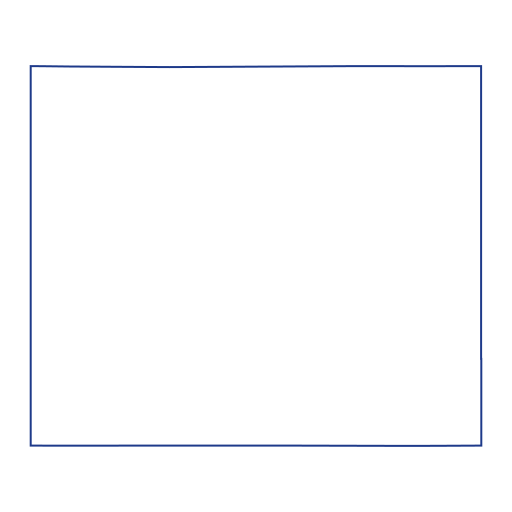 Ngaanyatjarraku, Western Australia, Australia (Mercator projection)
{"feature_id": "25037944B86885707589826", "entity_name": "Ngaanyatjarraku", "entity_type": "district", "adm_level": 2, "iso_a3": "AUS", "parent_name": "Australia", "parent_adm1": "Western Australia", "projection": "mercator", "projection_center": [128.838, -25.094], "detail": "medium", "context": "isolated", "style": "outline", "palette": "blue", "viewbox_px": 512, "rotation_deg": 0, "n_neighbors": 0, "source": "geoboundaries", "source_scale": "gbopen_adm2", "svg_char_len": 400}
<svg xmlns="http://www.w3.org/2000/svg" viewBox="0 0 512 512"><path d="M481.3,358.9L481.1,358.9L481.1,145.3L481.1,109.4L481.1,66.1L427.4,66.2L358.0,66.1L169.3,67.1L116.1,66.8L69.3,66.5L42.9,66.2L30.7,66.1L30.7,177.0L30.7,291.6L30.7,445.6L66.2,445.7L143.9,445.6L216.4,445.6L288.6,445.6L411.3,445.9L439.5,445.8L481.3,445.6L481.3,442.9L481.3,358.9Z" fill="none" stroke="#1e3a8a" stroke-width="2"/></svg>